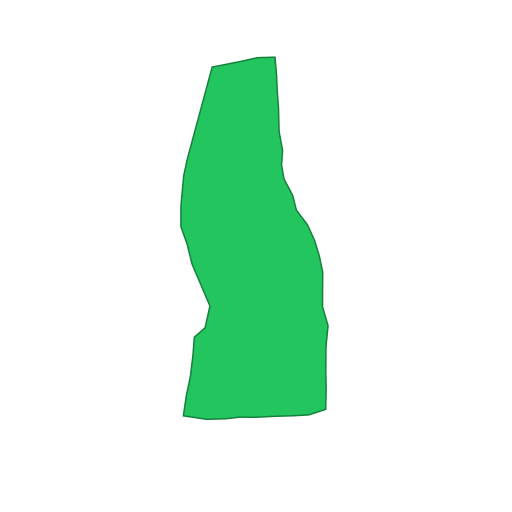 the district of Nilópolis, Rio de Janeiro, Brazil, rotated 126°
{"feature_id": "56859067B33990296022375", "entity_name": "Nilópolis", "entity_type": "district", "adm_level": 2, "iso_a3": "BRA", "parent_name": "Brazil", "parent_adm1": "Rio de Janeiro", "projection": "robinson", "projection_center": [-43.429, -22.82], "detail": "fine", "context": "isolated", "style": "filled", "palette": "green", "viewbox_px": 512, "rotation_deg": 126, "n_neighbors": 0, "source": "geoboundaries", "source_scale": "gbopen_adm2", "svg_char_len": 719}
<svg xmlns="http://www.w3.org/2000/svg" viewBox="0 0 512 512"><g transform="rotate(126 256 256)"><path d="M84.0,357.5L94.7,371.4L109.4,384.4L128.9,402.5L218.6,368.3L233.7,361.6L259.7,346.1L276.4,334.0L286.8,318.8L300.2,302.9L311.7,283.6L323.5,263.9L344.0,255.0L357.9,258.2L373.3,248.7L392.2,238.2L410.5,230.0L428.0,220.8L417.1,199.9L405.6,185.0L396.0,174.5L386.7,161.5L374.9,146.9L362.9,131.4L353.6,120.0L339.1,109.5L322.6,120.9L308.7,131.4L288.4,146.0L270.1,156.7L258.0,172.3L242.2,183.7L230.1,192.3L218.9,204.6L209.1,217.6L200.6,232.5L195.1,250.3L185.2,262.3L177.3,278.5L167.5,288.7L154.9,296.6L141.7,310.5L123.4,324.5L109.2,336.5L97.9,345.4L84.0,357.5Z" fill="#22c55e" stroke="#15803d" stroke-width="1.5"/></g></svg>